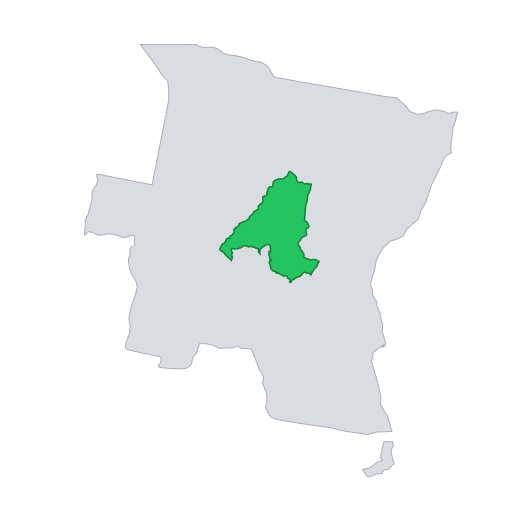 Angola, with Bié highlighted, rotated 190°
{"feature_id": "AGO-1886", "entity_name": "Bié", "entity_type": "Province", "adm_level": 1, "iso_a3": "AGO", "parent_name": "Angola", "parent_adm1": "", "projection": "orthographic", "projection_center": [17.419, -12.443], "detail": "fine", "context": "in_parent", "style": "filled", "palette": "green", "viewbox_px": 512, "rotation_deg": 190, "n_neighbors": 0, "source": "natural_earth", "source_scale": "10m", "svg_char_len": 9575}
<svg xmlns="http://www.w3.org/2000/svg" viewBox="0 0 512 512"><g transform="rotate(190 256 256)"><path d="M428.5,246.9L429.0,250.7L429.5,256.1L429.9,259.9L430.3,261.6L430.4,262.5L429.9,263.5L429.5,265.8L428.6,267.8L428.1,269.2L428.4,271.9L427.6,279.5L427.5,283.3L428.4,290.2L428.2,292.2L425.7,298.4L425.0,301.6L424.8,303.2L427.1,307.9L426.9,308.8L425.1,309.0L423.5,309.1L370.7,308.0L369.1,387.6L369.0,394.3L370.5,403.3L373.3,413.1L374.5,414.1L377.6,415.9L381.8,419.6L384.1,422.5L388.9,427.4L395.2,433.6L406.7,444.2L367.1,451.2L352.0,453.7L350.6,453.6L348.4,452.5L343.6,452.3L337.8,453.7L333.3,454.0L330.0,453.3L326.7,452.0L323.6,450.0L318.1,449.3L310.2,449.7L302.6,449.3L295.3,448.0L290.1,447.4L287.0,447.7L283.6,447.2L280.0,446.1L277.0,444.3L273.4,440.4L270.6,436.7L269.9,436.1L269.0,435.6L268.1,435.4L252.4,435.2L157.0,435.5L145.9,436.2L145.1,436.1L143.7,435.7L142.7,434.9L139.6,432.8L136.8,431.2L133.1,428.6L130.6,425.7L128.6,424.8L125.0,424.3L122.3,423.8L120.1,423.7L116.3,425.2L113.4,426.6L111.4,428.0L107.9,429.6L104.9,431.2L99.6,431.0L98.5,431.3L95.6,431.2L92.8,430.0L90.0,430.2L86.9,431.9L82.5,432.7L83.2,421.6L84.2,416.7L84.0,410.9L83.0,395.8L82.1,393.7L81.6,391.3L84.3,389.4L85.6,388.0L87.5,385.4L88.7,381.9L90.2,374.1L95.6,356.1L98.0,338.6L101.3,330.2L102.5,320.9L112.1,308.7L114.4,301.3L119.4,297.6L126.6,293.7L131.7,286.7L134.1,281.9L136.8,272.8L136.7,263.3L138.3,250.6L137.9,247.0L135.1,242.0L134.6,238.4L132.0,234.8L129.3,232.2L128.0,227.4L123.2,220.0L121.8,215.0L119.5,211.4L119.1,206.9L117.9,202.2L115.5,197.6L113.2,192.3L113.2,190.7L114.6,188.6L115.9,188.0L115.5,189.0L114.6,190.2L114.8,191.1L123.5,181.6L124.0,179.8L123.7,177.8L123.7,175.3L124.0,172.4L115.5,155.3L108.7,139.4L107.5,131.4L98.7,120.9L95.1,114.1L93.1,109.3L91.6,107.5L92.2,106.6L94.4,106.3L99.4,105.1L106.3,103.7L112.6,100.8L114.3,99.6L117.7,99.3L121.1,99.9L122.4,99.4L123.1,99.3L131.2,99.2L134.5,99.0L140.8,99.0L144.7,99.1L146.9,99.4L153.0,99.8L160.5,99.6L163.2,99.4L173.0,99.1L191.6,98.7L201.3,98.6L208.7,98.6L212.1,99.6L215.2,101.5L216.6,103.2L217.2,104.0L218.1,105.8L219.8,107.3L220.4,109.5L219.9,112.5L220.2,116.2L221.2,120.5L223.2,124.9L226.3,129.6L227.7,133.4L227.3,136.1L228.2,139.1L230.5,142.1L232.2,143.8L233.2,145.0L235.8,149.7L244.2,162.9L245.5,163.6L247.3,163.3L251.2,162.8L255.1,162.7L257.9,163.9L259.0,163.7L263.2,161.4L267.3,160.7L271.7,159.8L274.0,158.9L276.6,158.9L283.7,160.8L285.0,160.9L290.7,160.9L296.5,159.9L297.4,152.3L297.4,150.8L298.8,148.0L300.6,145.5L300.8,143.2L300.7,139.9L302.0,136.0L305.9,132.9L312.1,131.5L315.7,131.2L321.3,130.4L329.7,129.6L332.9,129.8L333.1,130.2L331.3,135.6L331.2,137.4L331.9,139.2L333.3,140.2L350.2,140.6L366.4,141.5L367.3,141.8L368.0,142.2L369.0,144.9L368.7,150.1L367.1,157.8L367.6,165.0L370.3,171.7L370.4,182.0L368.1,195.9L367.5,204.6L368.7,208.3L371.3,212.2L375.3,216.3L378.3,221.5L380.4,227.9L381.2,232.0L380.5,233.6L380.5,236.5L381.2,240.6L380.4,243.3L378.1,244.6L377.4,246.4L378.4,249.9L378.6,253.1L380.1,255.3L381.1,255.4L383.4,254.3L386.1,252.2L388.2,251.4L391.3,251.6L395.5,252.2L403.0,252.6L405.3,252.3L412.3,249.6L414.1,249.4L416.8,249.7L420.7,250.7L424.6,250.9L426.6,250.1L426.8,248.9L427.4,247.4L428.5,246.9ZM114.2,63.9L113.8,64.3L110.6,65.7L107.2,66.9L102.7,71.9L100.4,74.1L99.8,74.6L97.7,75.8L96.2,76.8L96.3,77.4L97.3,78.0L98.3,79.0L98.3,87.1L97.9,94.9L97.4,95.6L94.5,95.9L90.7,96.5L89.5,96.9L89.1,96.2L87.8,93.3L88.5,90.6L89.2,88.5L88.3,84.3L86.4,80.7L84.3,76.0L83.7,75.1L85.4,73.6L87.9,70.2L89.0,68.5L92.0,68.0L93.1,66.8L93.9,64.9L94.2,63.8L97.6,62.8L101.7,61.1L103.9,59.3L106.2,58.1L107.6,58.0L108.6,58.5L111.2,61.5L113.5,63.4L114.2,63.9Z" fill="#d9dde1" stroke="#a8b0b8" stroke-width="1"/><path d="M217.6,235.9L218.0,236.1L218.4,236.4L217.9,236.8L217.7,237.0L217.7,237.6L217.9,237.8L218.2,237.9L218.4,238.0L218.9,238.9L219.2,239.2L219.5,239.3L220.2,239.3L220.6,239.4L220.9,239.7L221.7,241.0L222.1,241.3L222.6,241.6L223.3,241.7L223.9,241.4L224.4,241.5L225.6,241.0L226.6,241.5L229.7,242.4L230.1,242.7L230.7,243.1L231.4,243.5L231.8,243.2L232.0,242.8L232.6,243.0L233.1,242.7L233.4,243.0L233.7,244.0L234.1,243.9L234.5,244.0L234.9,244.3L235.3,244.4L236.9,244.2L237.1,244.3L237.4,244.8L238.9,245.7L239.5,246.2L239.6,246.7L239.6,247.7L239.7,248.2L240.0,248.7L240.7,249.4L241.0,250.4L241.7,251.3L241.8,251.9L241.8,252.9L241.6,253.3L241.2,253.6L241.0,253.4L240.3,253.9L240.0,254.4L240.2,254.9L240.8,255.2L241.3,255.2L241.6,255.2L241.8,255.3L242.0,255.8L241.9,256.4L242.0,256.8L242.1,257.1L242.5,257.6L243.6,259.4L243.7,259.9L243.6,260.1L243.6,260.3L243.6,260.7L243.5,260.9L243.3,261.0L242.9,261.3L242.8,261.5L242.9,262.2L242.8,262.6L243.1,262.4L243.6,262.3L244.0,262.3L244.0,262.8L243.8,263.0L243.1,263.3L242.8,263.4L242.5,264.1L242.6,264.8L243.4,266.5L243.5,266.8L243.5,267.2L243.4,267.6L243.2,268.1L243.2,268.3L243.3,268.4L245.7,269.6L247.0,269.2L247.4,269.1L248.8,267.9L249.5,267.5L252.2,264.6L252.7,263.9L253.0,263.0L252.9,260.9L252.6,258.9L253.4,259.7L253.8,259.9L254.0,260.1L254.1,260.3L254.3,261.0L254.6,261.4L254.7,261.7L254.7,261.8L254.6,262.8L254.6,263.0L254.8,263.3L254.9,263.6L255.2,263.7L255.3,263.8L256.3,263.8L257.1,263.6L257.5,263.5L257.8,263.7L258.0,263.8L258.1,264.0L258.3,264.4L258.4,264.5L258.6,264.6L258.8,264.6L259.1,264.5L259.6,264.3L259.9,264.2L260.2,264.2L260.5,264.3L261.2,264.4L261.7,264.5L262.1,264.5L262.6,264.4L264.8,263.8L265.5,263.8L267.0,264.1L268.4,264.2L269.1,264.2L269.7,264.0L270.3,263.6L272.2,261.6L272.8,261.2L274.3,260.5L277.3,259.4L278.8,259.1L279.5,259.1L280.7,259.2L281.2,259.1L281.5,258.6L281.4,258.0L281.4,257.4L281.3,256.9L281.1,256.5L280.8,256.3L280.3,255.9L279.7,255.2L279.7,254.7L280.0,254.1L280.2,253.3L280.0,252.6L279.2,251.1L279.0,250.3L279.1,249.5L279.4,248.1L279.4,247.3L285.4,251.2L286.8,252.3L288.1,253.7L288.8,254.2L289.5,254.5L291.0,254.9L291.9,255.2L292.5,255.8L292.9,256.4L292.9,257.1L292.3,258.5L292.1,259.3L291.8,260.0L291.6,261.1L291.5,261.8L290.9,261.9L290.4,262.3L290.0,262.7L289.0,264.1L288.7,264.7L288.5,265.4L288.3,266.9L287.9,267.7L287.4,268.3L286.9,268.6L285.9,268.7L285.5,268.8L285.1,269.1L285.1,269.7L285.2,270.3L285.0,271.1L284.4,271.5L283.7,272.0L283.3,272.5L282.6,273.9L282.0,274.8L281.7,275.5L281.7,276.3L282.2,277.5L282.3,277.7L282.3,278.1L282.1,278.8L281.7,279.4L280.5,280.8L280.3,281.0L279.6,281.4L278.6,282.4L278.2,282.9L278.1,283.3L278.1,283.6L278.2,283.9L278.4,284.3L278.2,284.9L277.7,285.3L276.2,286.2L275.2,287.0L274.4,287.6L272.9,288.2L272.2,288.7L269.8,291.1L269.3,292.1L269.4,292.9L269.2,293.5L268.8,294.1L268.4,294.8L266.5,296.8L266.2,297.5L266.1,298.1L265.9,299.0L265.4,299.6L262.6,301.9L262.0,302.2L261.8,302.8L261.9,303.5L262.4,304.9L262.3,305.8L261.3,307.1L260.8,307.9L260.3,308.4L259.6,308.9L259.1,309.4L259.0,309.9L258.5,311.2L258.7,311.9L259.3,313.6L259.5,314.9L259.4,315.6L258.9,316.1L257.6,316.6L257.2,316.8L256.7,317.2L256.2,317.7L255.8,318.4L255.9,319.1L256.2,319.8L256.3,320.5L255.9,321.7L255.8,322.2L255.9,322.7L256.0,323.6L255.7,324.7L255.2,325.8L254.3,326.6L251.9,327.1L251.6,327.7L251.6,328.3L251.8,329.1L251.8,331.7L251.8,332.0L251.6,332.3L251.0,333.1L250.8,333.4L250.6,333.5L250.4,333.6L250.2,333.7L250.0,333.9L249.6,334.4L249.2,334.7L248.8,334.8L248.6,334.9L247.3,335.8L247.0,335.9L246.8,336.0L246.2,335.9L245.8,335.9L244.7,336.4L244.4,336.4L243.5,336.3L243.2,336.4L243.0,336.5L242.5,336.7L242.3,336.8L242.1,337.0L241.3,338.3L240.4,339.3L240.2,339.5L239.0,340.3L238.9,340.4L238.7,340.7L238.7,341.0L238.8,342.1L238.7,342.5L238.6,342.8L238.5,343.1L237.7,344.3L237.7,344.6L237.9,345.1L237.5,345.2L237.0,345.1L236.3,344.9L235.5,344.5L233.8,343.3L232.9,342.9L231.4,342.0L230.1,340.9L229.8,340.3L229.5,338.9L229.3,338.2L228.4,336.8L227.9,336.3L227.6,336.0L227.0,335.8L226.3,335.8L225.5,336.1L225.2,336.3L224.7,336.5L224.1,336.8L223.5,336.7L222.9,336.4L222.0,335.8L221.4,335.6L220.6,335.4L219.7,335.7L218.7,336.1L217.5,336.2L214.8,336.1L214.6,336.2L214.0,336.4L214.1,331.6L213.9,331.2L213.9,330.8L214.0,330.6L214.1,330.2L214.3,329.8L214.4,329.6L214.4,329.3L214.5,328.8L214.6,328.0L214.7,327.7L214.8,327.2L215.2,326.4L215.3,326.2L215.6,323.0L215.6,322.7L215.3,320.2L215.2,319.5L215.2,318.9L215.8,314.9L215.7,313.3L215.6,312.4L215.6,312.1L215.7,311.8L215.7,311.6L215.7,311.4L215.2,308.7L214.9,304.2L214.9,303.6L214.7,302.7L214.6,301.3L214.7,299.7L213.4,299.2L212.1,298.5L211.4,298.0L210.8,297.4L210.4,296.5L209.4,295.2L209.0,294.6L209.0,293.8L209.1,293.4L209.6,292.9L210.5,292.4L210.7,292.2L210.9,291.8L211.1,291.2L211.2,290.4L211.2,289.5L211.1,288.7L210.7,287.8L210.4,286.9L210.0,286.4L209.9,286.1L209.9,285.7L210.0,285.4L210.1,285.1L210.6,284.7L211.4,284.1L211.9,283.9L213.5,282.5L214.0,282.0L214.7,280.8L214.8,280.1L215.1,279.2L215.4,278.7L216.3,277.4L216.7,276.9L216.8,276.7L216.9,275.9L216.8,275.6L216.7,274.9L216.5,274.7L216.3,274.4L215.8,274.0L215.6,273.7L214.1,272.5L214.0,272.2L213.9,272.1L213.9,271.7L213.8,270.9L213.6,270.5L213.3,270.2L211.8,269.2L211.5,268.8L211.3,268.6L211.2,268.3L210.9,268.1L210.3,267.6L209.8,266.9L209.4,266.6L209.3,266.4L209.2,266.2L208.9,264.8L208.9,264.4L208.9,264.2L208.7,263.9L208.5,263.1L208.2,262.9L207.7,262.7L206.2,262.6L205.2,262.2L201.7,261.6L200.1,262.2L199.7,262.4L197.4,262.7L196.5,262.6L195.2,262.4L192.9,261.5L193.6,260.1L194.0,258.6L194.0,256.6L194.7,255.7L196.4,253.1L197.0,252.0L197.5,250.8L198.7,246.9L200.2,247.9L200.7,248.2L201.5,248.2L203.2,248.0L204.2,248.3L204.6,248.4L204.9,248.5L205.4,248.5L206.0,248.2L206.5,247.7L208.1,244.9L208.7,244.2L209.4,243.6L210.4,242.9L212.0,242.0L212.7,241.6L213.4,241.0L214.5,239.5L215.1,239.2L215.8,239.0L216.1,238.8L216.8,237.7L216.9,237.4L216.7,236.8L216.8,236.4L217.6,235.9Z" fill="#22c55e" stroke="#15803d" stroke-width="1.5"/></g></svg>